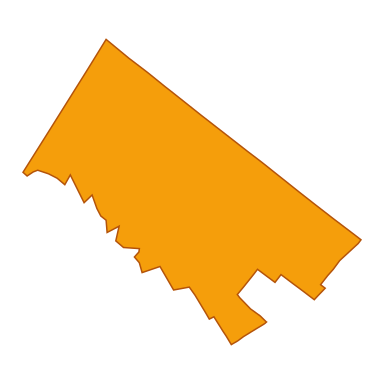 Montgomery, Pennsylvania, United States of America (Albers equal-area conic projection)
{"feature_id": "52423323B27696847619377", "entity_name": "Montgomery", "entity_type": "district", "adm_level": 2, "iso_a3": "USA", "parent_name": "United States of America", "parent_adm1": "Pennsylvania", "projection": "albers", "projection_center": [-75.324, 40.212], "detail": "fine", "context": "isolated", "style": "filled", "palette": "amber", "viewbox_px": 384, "rotation_deg": 0, "n_neighbors": 0, "source": "geoboundaries", "source_scale": "gbopen_adm2", "svg_char_len": 1130}
<svg xmlns="http://www.w3.org/2000/svg" viewBox="0 0 384 384"><path d="M106.1,39.4L91.2,63.6L86.5,71.2L51.9,126.4L23.0,172.3L27.1,176.0L33.3,171.9L37.7,170.2L48.5,173.8L57.1,178.2L64.8,184.7L70.3,174.9L84.1,202.7L92.1,195.0L96.9,208.5L100.8,216.0L106.1,220.2L107.1,232.5L119.1,226.2L115.8,240.9L123.5,247.5L139.4,248.6L138.9,252.0L134.4,257.0L139.3,262.7L142.1,272.6L160.0,266.5L173.6,290.0L189.3,287.1L195.1,295.3L205.4,312.4L209.3,319.1L213.9,316.8L223.2,331.6L226.2,336.1L231.3,344.6L237.7,340.9L243.8,336.4L244.5,336.0L250.8,332.1L255.7,329.1L264.1,324.0L265.2,323.2L265.7,322.7L266.5,322.0L266.2,321.8L260.3,316.0L250.5,308.9L239.7,297.7L237.3,294.5L243.4,287.2L254.1,273.8L257.5,269.3L275.0,282.4L281.0,274.6L293.3,283.9L299.4,288.4L313.5,299.1L314.3,299.7L317.8,295.9L325.2,288.2L320.6,284.7L323.7,280.7L327.6,275.7L333.2,269.4L339.6,260.7L341.5,258.9L344.0,256.6L358.2,243.5L361.0,239.8L353.9,234.3L333.1,218.5L315.3,204.7L300.0,192.7L293.1,187.2L262.1,162.5L247.7,151.5L202.4,116.2L200.1,114.4L193.2,108.9L169.0,89.7L165.0,86.6L147.6,72.5L128.6,58.0L106.1,39.4Z" fill="#f59e0b" stroke="#b45309" stroke-width="1.5"/></svg>